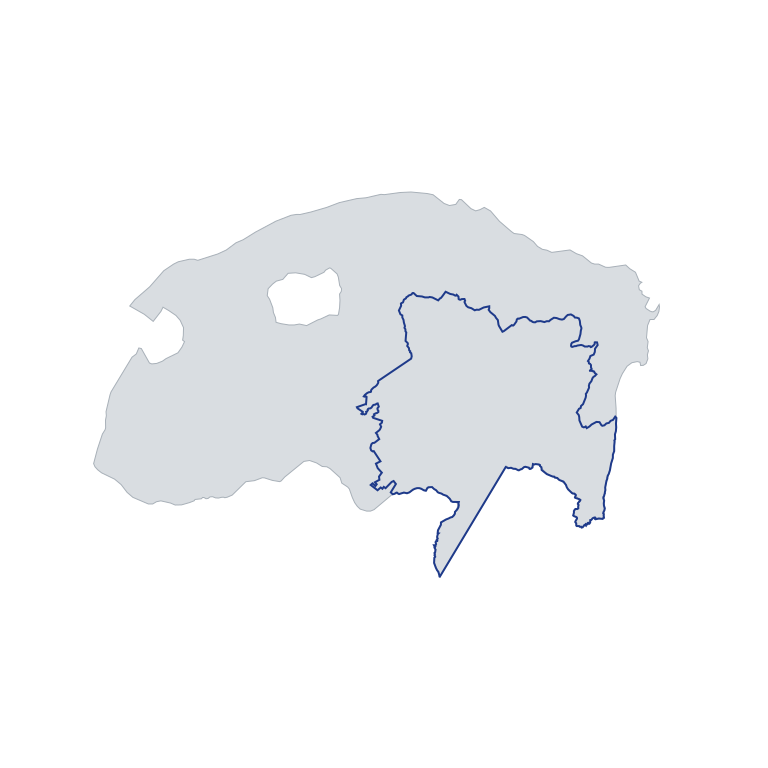 Northern Cape on a map of South Africa (Mercator projection), rotated 211°
{"feature_id": "ZAF-1188", "entity_name": "Northern Cape", "entity_type": "Province", "adm_level": 1, "iso_a3": "ZAF", "parent_name": "South Africa", "parent_adm1": "", "projection": "mercator", "projection_center": [20.625, -28.845], "detail": "fine", "context": "in_parent", "style": "outline", "palette": "blue", "viewbox_px": 768, "rotation_deg": 211, "n_neighbors": 0, "source": "natural_earth", "source_scale": "10m", "svg_char_len": 9817}
<svg xmlns="http://www.w3.org/2000/svg" viewBox="0 0 768 768"><g transform="rotate(211 384 384)"><path d="M524.2,159.8L540.9,157.5L548.4,158.8L557.5,162.4L565.9,163.7L580.3,162.4L585.2,163.0L589.1,164.2L591.9,166.2L596.1,180.6L599.6,196.1L599.5,201.1L600.0,203.0L604.1,209.6L605.6,213.7L608.0,217.1L613.3,233.7L613.9,236.6L613.8,277.2L611.8,282.2L612.7,288.6L610.3,289.4L595.9,281.2L593.4,281.6L589.4,284.6L585.7,289.4L583.9,293.5L576.7,304.6L576.2,311.6L576.8,317.6L579.2,317.9L581.0,322.2L584.9,329.1L591.5,333.6L597.6,335.6L606.2,336.1L613.0,336.0L612.6,331.3L614.1,318.8L625.4,320.3L642.1,319.9L641.0,328.0L634.9,346.6L631.1,367.7L626.1,378.4L623.3,382.8L615.2,390.6L610.9,393.2L607.3,394.1L593.4,409.9L588.2,417.6L583.6,428.8L579.1,435.0L572.3,448.2L560.6,467.8L550.6,480.7L546.2,484.4L543.2,486.1L535.3,493.7L524.1,505.8L515.6,516.6L502.8,528.9L495.4,534.3L484.3,545.0L481.2,546.5L468.7,556.5L459.7,562.5L445.1,569.5L439.4,571.5L425.5,569.7L419.8,570.7L415.0,574.9L414.5,581.0L412.5,581.9L399.8,579.1L394.6,579.6L391.5,582.9L389.0,587.0L381.8,587.2L368.8,582.9L353.6,580.3L350.0,580.0L342.7,583.2L340.1,583.7L329.3,583.0L323.3,581.0L317.6,581.0L313.3,582.6L308.0,583.2L293.6,594.7L286.2,594.8L279.8,596.1L268.5,594.5L265.1,595.3L261.8,597.3L254.1,598.2L251.1,599.9L238.1,610.5L232.7,609.4L226.0,609.3L218.3,603.6L215.4,604.0L216.2,602.3L216.4,599.3L213.7,596.3L210.7,596.4L209.1,593.9L204.5,593.6L200.7,594.4L200.0,584.7L198.2,583.7L193.6,583.5L191.4,583.9L190.3,584.7L189.1,587.0L189.1,593.8L187.5,591.8L185.7,587.7L185.1,583.4L185.8,578.3L189.2,576.3L188.2,569.9L182.8,558.8L179.5,556.4L177.0,550.7L174.4,548.6L173.3,544.7L170.8,541.5L169.9,536.5L171.3,533.6L173.5,532.0L175.8,534.5L178.5,533.6L182.5,529.9L184.8,524.4L185.0,515.7L184.4,510.2L181.2,496.2L179.8,493.0L172.7,482.9L164.5,469.6L154.1,448.6L149.2,436.0L141.6,410.8L135.0,396.7L126.9,383.5L125.9,382.6L127.1,381.0L131.5,378.0L133.5,377.2L134.5,377.5L135.5,376.7L136.5,374.7L137.3,370.0L139.3,365.1L141.1,363.1L145.0,361.7L147.9,363.5L149.1,365.3L149.6,367.7L150.9,368.8L153.0,368.7L154.5,370.2L155.3,373.2L155.2,375.3L154.0,376.7L154.1,378.5L155.7,380.7L157.3,385.5L165.2,388.0L169.6,388.3L173.9,389.6L177.8,391.7L184.4,392.2L193.5,391.1L201.0,391.6L206.8,393.7L211.1,394.1L213.7,392.8L214.9,390.9L214.5,388.4L215.8,386.8L218.8,386.1L221.2,384.2L223.0,381.1L227.1,378.6L233.6,376.6L236.8,376.7L236.8,247.6L248.3,256.3L251.0,260.4L256.6,272.4L262.3,287.1L263.3,294.3L263.0,295.9L257.1,305.6L256.9,310.4L257.6,316.1L258.9,318.9L260.7,319.9L264.8,318.4L271.1,320.0L283.1,319.3L289.1,320.0L290.7,319.6L292.0,318.4L293.6,315.0L295.0,313.9L300.6,312.4L303.1,310.4L307.1,303.7L319.0,294.7L320.4,292.6L327.8,271.2L330.1,268.1L333.5,266.1L340.0,264.5L343.9,265.4L348.0,267.2L352.7,270.4L359.7,276.2L362.1,277.0L369.1,277.3L373.4,281.1L386.6,283.7L390.4,283.6L394.4,281.5L401.2,281.6L408.4,280.1L412.8,276.4L421.2,253.1L422.2,248.0L423.1,246.6L430.0,243.9L438.3,241.9L440.1,240.9L445.3,234.4L452.1,229.1L456.9,210.6L460.0,206.3L461.9,204.5L463.1,204.4L464.8,203.3L467.1,201.0L469.8,199.6L472.9,199.1L475.0,197.6L475.9,195.2L477.5,194.0L479.8,194.0L481.1,193.3L481.4,191.6L486.5,187.7L486.6,186.1L489.6,182.2L495.3,176.1L500.7,172.7L505.7,172.0L515.1,168.9L518.4,165.9L520.5,162.0L524.2,159.8ZM508.6,437.1L517.0,433.8L523.2,429.5L524.6,421.6L529.3,416.7L531.0,412.2L532.4,406.0L529.6,399.6L525.7,397.7L518.6,392.1L515.6,388.3L511.3,385.1L508.3,381.3L503.5,382.6L496.0,385.6L491.3,388.4L487.4,391.8L480.4,394.2L473.8,404.8L471.7,407.2L466.5,415.0L459.1,418.9L458.9,420.3L461.4,426.6L464.8,433.0L468.4,438.2L468.3,441.4L469.5,443.9L472.7,445.6L478.2,452.1L480.9,454.2L489.3,455.8L490.5,455.4L492.7,451.5L493.0,448.8L498.6,440.3L501.0,437.8L508.6,437.1Z" fill="#d9dde1" stroke="#a8b0b8" stroke-width="1"/><path d="M145.6,361.5L146.3,361.7L147.5,363.6L148.9,364.1L149.2,364.7L149.2,368.0L149.9,368.9L150.9,369.0L152.9,368.6L154.1,368.7L154.9,371.5L155.8,372.9L155.8,374.7L155.5,375.5L153.9,376.4L153.4,377.4L154.5,379.1L154.9,380.5L156.1,381.0L156.4,381.8L155.8,384.6L155.9,385.7L157.1,385.9L161.5,384.9L162.0,385.2L162.3,387.6L163.0,387.9L164.4,388.1L165.6,387.4L166.7,387.3L171.9,388.5L174.1,389.6L176.0,391.2L179.9,392.8L184.3,392.0L187.1,392.7L189.4,391.8L190.2,392.3L192.0,391.5L198.0,390.6L204.6,391.5L206.2,393.7L207.9,394.0L208.6,394.9L209.8,394.8L212.9,393.4L213.7,392.4L215.1,392.1L213.7,388.9L214.4,387.1L215.1,386.3L215.6,386.2L216.7,386.9L220.3,385.8L221.2,384.8L222.1,381.9L222.8,381.4L223.9,379.5L224.5,379.2L227.6,379.0L229.5,378.0L232.0,377.6L234.2,375.8L236.9,375.6L236.9,246.7L237.0,247.3L238.4,248.9L240.8,251.1L242.4,251.6L244.8,253.1L248.9,256.4L251.4,261.1L251.1,262.2L251.4,262.7L252.6,263.3L252.7,264.4L253.7,265.1L253.5,266.1L254.5,268.6L255.9,269.3L256.2,270.3L256.7,270.3L256.5,271.3L257.6,271.2L258.1,271.5L257.1,272.1L256.9,272.7L256.9,273.6L258.3,274.9L258.5,275.8L257.5,276.8L257.6,277.2L258.5,277.6L258.3,279.1L259.6,280.1L259.9,280.8L260.6,283.1L260.3,284.1L261.2,283.8L262.4,286.4L262.7,292.6L263.9,294.7L261.1,299.8L259.3,302.1L258.3,303.8L257.0,305.1L256.4,307.4L256.4,309.3L257.3,310.9L256.6,314.1L256.7,316.5L257.5,318.7L258.6,319.9L259.1,321.4L264.2,318.4L265.9,318.1L268.5,319.5L272.7,320.4L276.4,319.6L278.2,319.7L280.8,319.0L282.2,318.9L284.5,319.8L287.2,319.8L289.7,320.4L292.8,318.3L293.3,317.0L293.0,314.2L293.4,313.9L295.2,313.4L298.2,313.4L300.2,312.9L302.1,311.7L303.6,310.1L304.8,308.3L306.4,304.2L308.0,302.2L311.0,301.2L314.4,297.4L315.4,297.3L316.8,297.6L317.4,297.3L318.5,295.2L319.7,294.0L322.4,294.6L322.3,304.4L325.8,305.8L327.0,304.0L329.0,295.5L331.2,295.7L331.4,293.4L333.5,293.6L334.8,289.6L343.4,290.6L342.7,292.9L338.8,292.2L338.6,294.3L341.2,295.1L338.6,299.5L340.6,302.1L340.2,306.9L346.0,308.6L349.9,311.6L347.2,315.9L358.2,321.2L359.0,320.4L360.8,320.5L362.7,322.1L363.8,325.8L363.4,327.5L361.9,328.7L359.7,334.3L362.8,336.2L363.5,337.1L365.7,337.9L364.2,342.0L364.1,343.2L364.4,345.9L366.7,347.4L365.9,349.8L366.6,351.5L375.9,349.4L376.9,350.0L376.0,352.1L377.0,352.9L376.1,354.5L375.1,355.5L374.4,357.0L375.0,358.1L376.2,358.6L377.1,359.8L376.8,361.9L379.4,364.1L380.2,363.3L380.7,362.0L382.3,360.6L382.5,359.5L382.6,357.2L383.4,355.8L384.4,355.2L384.8,354.4L384.8,353.5L384.3,353.1L384.4,351.7L385.0,351.0L384.3,350.3L384.1,349.2L384.9,347.9L386.4,347.6L387.0,346.8L388.0,346.8L387.6,348.8L387.8,349.2L394.2,349.5L395.3,350.2L389.5,357.2L389.0,357.4L392.3,364.0L392.9,364.1L394.0,363.2L394.9,363.0L394.8,364.7L393.9,367.3L392.9,369.0L391.3,370.3L391.2,370.8L391.8,371.9L391.8,373.0L391.1,375.6L390.2,377.2L389.6,379.1L389.5,381.4L389.7,382.4L390.6,383.4L390.5,383.8L373.8,419.7L374.5,422.0L376.5,424.4L378.0,424.6L378.4,425.6L379.7,425.8L381.1,427.6L383.7,428.6L384.1,430.6L384.8,431.3L387.7,432.0L391.5,439.7L392.7,440.2L393.9,442.0L395.4,442.7L395.8,444.4L398.6,446.9L400.3,449.0L402.6,450.5L403.6,452.2L405.8,452.2L409.1,454.7L409.6,459.9L410.9,461.6L410.7,462.4L409.9,463.4L409.8,464.1L410.4,466.5L409.3,468.7L409.5,469.9L408.6,471.5L408.5,472.4L406.6,474.8L406.4,476.6L405.5,477.2L401.2,476.3L396.5,478.6L393.5,479.3L390.4,481.2L389.7,482.1L387.1,483.1L380.6,483.6L380.1,486.2L379.5,487.1L379.2,489.2L378.7,494.8L373.6,495.3L370.6,496.4L368.8,496.4L367.9,496.7L367.7,497.9L365.2,497.3L363.8,495.3L362.9,495.2L361.9,495.6L361.0,496.9L358.8,498.3L357.3,497.1L357.4,496.3L357.1,495.6L353.6,493.4L351.4,493.1L348.1,494.0L344.2,493.9L342.9,495.4L340.8,496.5L338.0,500.9L333.8,504.8L332.8,503.2L332.5,501.5L329.9,500.4L324.0,499.5L322.1,498.4L319.3,497.4L316.4,493.8L315.2,492.9L309.4,489.8L308.5,491.1L304.8,500.3L303.5,500.5L303.0,501.7L302.7,505.8L303.4,507.8L302.8,509.2L302.0,509.4L299.3,513.0L297.5,514.2L295.6,514.7L291.3,513.6L290.1,514.0L288.8,513.7L287.8,513.9L286.2,514.7L285.3,516.4L282.1,518.6L278.4,519.7L276.8,521.7L274.9,522.7L274.3,524.7L272.5,528.3L270.1,529.4L266.9,530.0L264.6,530.9L263.3,532.3L262.7,535.8L262.1,537.8L259.6,539.9L256.5,540.0L254.6,539.3L252.8,540.2L250.7,540.6L248.6,538.9L246.2,535.7L244.0,534.1L243.3,533.1L242.8,531.2L241.3,527.9L239.9,522.7L240.0,521.0L241.8,519.3L244.1,516.2L244.1,514.7L243.3,513.0L242.7,512.6L241.8,512.7L239.9,514.8L239.0,515.3L238.0,516.6L235.1,519.0L233.3,519.5L231.2,519.5L229.0,520.8L228.1,521.9L226.5,522.5L225.8,522.1L225.2,522.7L224.2,525.4L224.0,526.6L224.8,528.2L224.6,528.5L222.8,529.4L220.9,527.4L221.3,523.0L219.8,520.0L219.4,517.2L221.5,514.3L220.9,511.5L221.0,508.7L220.0,508.5L218.9,507.2L217.7,507.4L216.3,506.8L215.2,504.9L213.8,503.9L214.4,501.6L214.2,501.4L211.8,502.8L211.2,502.5L210.3,502.9L209.0,502.0L206.9,501.7L207.4,499.3L208.1,498.1L208.3,496.4L207.7,493.2L208.1,490.1L207.4,487.8L206.6,487.0L206.3,486.2L205.7,481.2L205.9,479.5L204.8,478.0L204.1,476.1L203.0,469.2L203.8,466.7L203.1,464.6L204.1,463.2L204.1,458.8L201.1,457.7L199.7,456.3L197.7,453.4L192.2,449.5L190.5,449.7L189.7,450.5L189.2,451.5L187.5,450.6L186.0,453.4L185.2,456.2L182.4,460.9L179.6,462.3L176.5,460.7L175.4,460.6L173.8,462.1L173.1,464.7L171.2,466.5L170.8,469.1L169.2,471.2L169.0,475.1L167.3,474.6L164.8,469.6L162.6,466.4L160.9,462.9L160.1,459.8L157.4,455.7L157.5,454.3L156.7,453.4L154.7,449.3L152.1,445.0L151.4,441.3L149.7,438.4L148.4,432.9L145.9,426.4L145.0,422.6L145.0,420.7L144.2,418.2L143.8,417.9L143.5,415.7L141.1,409.2L139.6,407.1L138.9,404.9L138.3,403.9L138.3,403.1L137.7,401.4L137.7,400.0L137.2,399.1L135.2,397.4L134.2,395.0L132.8,393.0L130.7,391.2L130.0,389.2L129.9,387.2L129.5,386.0L128.6,385.7L127.9,384.2L126.6,382.7L127.1,381.9L127.1,381.0L130.6,379.4L133.0,377.0L133.6,377.0L133.9,378.2L134.4,378.3L135.1,377.7L136.0,376.4L136.3,374.2L137.1,373.6L135.9,371.4L136.0,370.0L136.5,369.8L137.4,370.2L137.7,370.0L137.8,369.6L137.3,368.5L137.6,368.1L138.7,367.9L138.1,366.6L139.4,366.7L139.6,366.4L139.9,363.5L140.7,362.7L141.6,363.2L142.8,362.4L143.6,362.7L145.6,361.5Z" fill="none" stroke="#1e3a8a" stroke-width="2"/></g></svg>